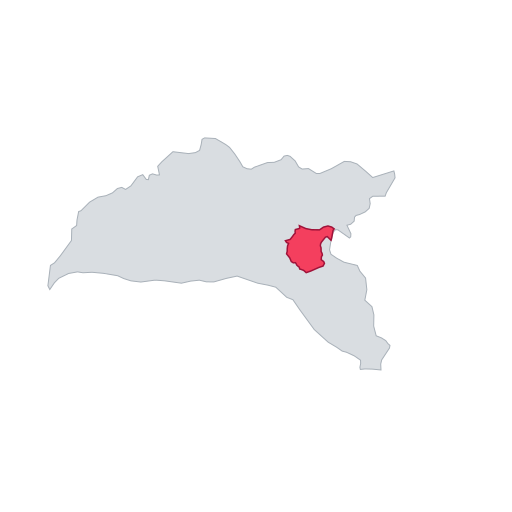 Cimişlia highlighted on a map of Moldova, rotated 307°
{"feature_id": "MDA-1633", "entity_name": "Cimişlia", "entity_type": "District", "adm_level": 1, "iso_a3": "MDA", "parent_name": "Moldova", "parent_adm1": "", "projection": "equal_earth", "projection_center": [28.851, 46.62], "detail": "fine", "context": "in_parent", "style": "filled", "palette": "rose", "viewbox_px": 512, "rotation_deg": 307, "n_neighbors": 0, "source": "natural_earth", "source_scale": "10m", "svg_char_len": 2716}
<svg xmlns="http://www.w3.org/2000/svg" viewBox="0 0 512 512"><g transform="rotate(307 256 256)"><path d="M105.1,111.5L107.0,107.7L124.8,97.5L129.3,99.2L138.5,99.6L157.3,99.3L166.7,92.6L172.4,94.4L177.0,91.4L184.8,87.6L185.9,88.4L186.9,89.0L198.9,90.7L207.9,94.4L213.9,99.9L220.1,103.4L226.5,104.7L230.0,107.5L230.7,111.8L236.7,113.9L248.0,113.8L252.8,116.6L251.1,122.3L252.2,124.1L256.3,122.2L259.3,123.9L260.9,128.1L262.7,130.1L268.5,123.5L274.6,124.1L289.3,126.9L297.2,140.5L302.1,145.4L306.4,147.4L311.9,145.2L316.7,142.7L319.4,143.9L325.4,152.9L326.8,164.8L326.8,169.6L324.7,177.6L321.7,186.2L319.3,191.8L320.3,196.3L322.5,200.0L326.0,201.3L337.5,208.9L341.8,214.2L348.0,218.1L352.7,218.3L355.2,220.5L356.1,223.2L355.5,230.0L352.8,236.4L353.2,240.5L357.4,245.3L357.9,250.9L358.2,254.6L360.4,257.4L371.0,263.6L384.7,269.6L388.2,274.8L390.3,281.3L389.7,292.4L388.9,302.0L406.9,314.9L404.9,317.4L402.1,320.0L385.0,322.0L381.5,323.1L374.0,313.3L370.1,312.1L366.5,315.7L362.2,317.7L357.0,316.7L351.4,313.7L348.6,311.5L346.3,311.3L342.9,313.4L338.3,312.5L335.3,310.1L330.9,318.4L328.3,320.1L326.6,319.8L326.2,305.8L325.0,303.7L321.5,303.3L313.2,306.7L305.2,311.0L302.5,314.8L302.8,321.8L304.0,330.0L309.4,342.6L306.4,348.1L304.3,356.8L295.8,364.8L286.2,369.5L285.3,379.1L279.9,385.6L270.8,392.2L264.6,400.0L266.1,405.5L266.5,410.6L265.4,414.1L265.2,416.8L262.8,418.0L248.7,418.9L244.8,420.6L240.2,424.4L235.8,417.2L231.4,411.0L228.2,407.6L229.6,406.0L233.1,404.3L235.7,402.2L235.4,394.7L233.6,386.2L231.9,382.0L231.7,375.6L230.6,365.5L232.3,346.8L239.4,323.4L243.3,311.8L241.5,305.4L243.0,290.6L240.0,283.3L235.3,273.7L228.6,253.0L220.3,245.8L209.9,237.9L205.5,231.9L202.6,225.3L196.5,218.8L189.4,212.8L181.1,197.8L176.8,191.1L175.4,189.3L165.9,179.7L160.9,171.1L158.4,164.0L157.0,157.4L150.3,144.5L144.3,134.8L138.5,127.9L135.9,123.0L129.2,116.8L119.5,111.9L113.2,111.1L105.1,111.5Z" fill="#d9dde1" stroke="#a8b0b8" stroke-width="1"/><path d="M324.7,302.1L322.9,302.1L315.3,305.9L313.7,306.5L313.7,306.4L314.0,304.2L314.4,301.2L312.8,300.1L306.6,299.9L304.7,300.2L302.9,301.2L301.7,303.0L298.8,305.3L297.9,307.1L296.7,308.5L294.8,308.7L292.3,310.3L292.3,313.4L291.3,315.1L288.3,315.6L284.7,313.1L276.8,308.7L272.9,306.1L273.2,302.7L272.4,300.0L271.9,298.8L273.1,297.2L273.1,295.5L273.3,293.9L274.0,292.7L274.4,291.5L273.0,289.9L272.8,287.5L274.8,284.1L276.1,279.1L278.5,278.1L280.7,276.5L283.1,275.1L285.7,274.4L285.2,272.3L285.9,270.3L289.8,273.3L293.7,273.4L295.8,273.3L297.8,273.6L299.3,272.3L300.8,271.5L303.6,273.7L304.2,274.0L304.7,274.1L306.3,272.4L307.9,279.3L310.5,284.7L315.1,291.0L319.7,292.5L323.3,295.4L324.7,299.1L324.7,302.1L324.7,302.1Z" fill="#f43f5e" stroke="#9f1239" stroke-width="1.5"/></g></svg>